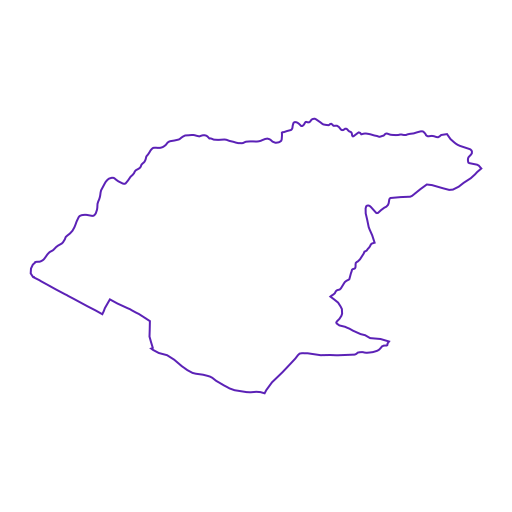 the district of Coatepeque, Quezaltenango, Guatemala
{"feature_id": "79465075B84423325132752", "entity_name": "Coatepeque", "entity_type": "district", "adm_level": 2, "iso_a3": "GTM", "parent_name": "Guatemala", "parent_adm1": "Quezaltenango", "projection": "mercator", "projection_center": [-91.974, 14.632], "detail": "fine", "context": "isolated", "style": "outline", "palette": "violet", "viewbox_px": 512, "rotation_deg": 0, "n_neighbors": 0, "source": "geoboundaries", "source_scale": "gbopen_adm2", "svg_char_len": 6059}
<svg xmlns="http://www.w3.org/2000/svg" viewBox="0 0 512 512"><path d="M33.6,277.3L39.6,280.3L40.6,281.0L56.4,289.7L64.9,294.2L67.0,295.2L67.9,295.8L73.8,298.9L87.3,306.2L95.5,310.4L102.3,314.2L103.7,311.3L104.9,308.1L109.9,299.4L113.2,301.2L117.4,303.5L127.6,308.2L130.0,309.2L131.3,310.0L131.6,310.2L136.0,312.6L138.9,314.0L149.9,321.1L149.7,330.3L149.5,336.6L151.0,342.0L152.8,347.9L152.3,348.3L151.3,348.6L153.0,349.9L158.8,353.0L167.1,355.2L174.2,359.7L181.7,366.1L187.3,370.1L192.5,372.9L195.7,373.7L203.0,374.7L207.7,375.9L210.0,376.6L212.3,377.8L216.1,380.8L224.1,385.5L227.0,387.0L229.5,388.4L234.5,390.2L246.5,392.1L250.4,392.3L256.3,391.8L260.4,392.1L264.6,393.3L266.3,390.1L272.0,382.3L279.2,375.4L282.5,372.2L295.3,358.6L297.9,355.2L299.6,353.6L302.0,353.2L307.8,353.3L320.6,355.2L329.9,355.0L337.1,355.3L354.7,354.6L356.3,353.9L357.8,352.6L360.0,352.2L362.7,352.1L364.7,352.6L366.8,352.8L369.8,352.5L372.9,352.1L375.6,351.3L377.4,350.7L379.2,349.6L380.8,347.9L382.0,346.4L383.8,345.6L386.7,345.5L387.3,345.1L387.6,343.4L389.0,341.5L380.5,339.0L370.1,338.1L365.1,335.2L360.6,334.1L353.0,330.7L349.5,328.7L346.8,327.6L345.1,326.8L339.3,325.4L336.6,323.4L336.3,322.4L337.0,321.3L339.4,318.9L341.4,315.8L342.1,313.7L341.9,309.1L340.6,306.5L338.1,302.6L334.0,299.3L330.4,296.6L331.6,295.6L332.8,294.9L333.6,294.3L334.8,293.3L335.6,291.7L336.1,291.0L336.8,290.4L337.7,290.0L338.7,289.8L339.7,289.5L340.4,288.9L341.0,288.2L344.2,283.0L344.9,282.0L346.2,281.0L347.2,280.4L348.7,279.7L349.3,279.2L349.6,278.2L351.0,273.0L351.5,271.7L352.0,269.8L352.6,269.2L354.6,268.6L355.1,268.1L355.4,267.5L355.5,266.8L355.6,265.7L355.5,264.9L355.8,262.9L356.9,261.9L357.6,261.6L358.2,261.1L359.0,260.3L360.0,259.3L360.9,257.9L363.8,253.4L364.0,252.7L364.5,251.6L365.4,251.3L366.7,250.5L367.9,248.8L368.8,247.9L369.8,246.6L370.8,244.6L371.5,243.8L372.3,243.4L374.6,242.7L372.2,235.3L369.7,229.7L368.7,227.1L367.2,219.8L365.7,213.4L365.6,208.5L366.2,206.3L367.2,205.6L368.5,205.5L369.6,205.9L370.9,207.0L376.2,212.9L376.9,213.1L378.0,212.9L381.2,210.0L384.3,207.7L386.3,206.7L388.0,204.9L388.7,203.1L389.3,199.4L389.8,198.5L390.5,198.0L400.7,197.1L410.2,196.7L412.0,195.9L420.6,189.0L426.8,184.5L432.0,185.1L443.1,188.3L449.2,189.9L452.9,189.6L458.7,186.7L463.7,182.8L470.8,178.2L475.0,174.4L477.2,172.0L481.3,168.5L478.8,165.6L477.1,164.7L469.2,163.1L468.4,162.6L468.1,161.6L467.9,159.9L468.1,158.2L468.7,157.0L470.9,154.7L471.8,153.4L471.9,152.4L471.9,151.4L471.5,150.5L470.4,149.4L468.8,148.8L460.0,145.9L457.6,144.8L455.6,143.5L454.0,142.2L450.5,139.1L447.0,134.1L441.2,135.0L439.7,136.3L438.2,137.2L437.5,137.2L436.3,137.0L433.9,136.2L432.7,136.0L431.5,135.9L428.5,136.3L427.5,136.2L426.1,135.3L425.7,134.4L425.0,133.4L424.0,132.3L423.2,131.6L422.6,131.4L421.8,131.3L420.5,131.4L416.8,132.4L413.7,133.4L409.6,133.9L407.4,134.4L406.0,135.0L405.2,135.0L404.2,135.0L403.1,134.9L401.6,134.5L400.1,134.5L399.2,134.8L398.1,135.0L395.9,135.1L392.2,134.9L390.4,134.7L389.5,134.4L387.5,133.7L386.8,133.5L385.8,133.7L385.2,134.0L384.0,135.3L383.4,135.7L382.7,135.8L380.7,136.5L379.6,136.8L378.9,136.7L377.0,136.0L374.4,135.5L370.4,134.3L368.4,133.9L365.8,133.5L364.1,133.6L361.3,134.3L360.1,132.9L358.8,132.4L357.9,132.9L353.7,136.1L353.0,136.4L352.2,135.7L351.9,133.9L351.6,132.9L351.2,132.3L350.4,131.8L349.4,131.5L348.3,130.6L347.3,129.4L346.5,128.8L345.2,128.7L343.3,130.0L342.5,130.1L341.7,130.0L340.9,129.5L338.9,127.0L337.1,125.8L336.5,125.7L334.6,125.8L333.6,125.8L332.9,125.3L332.4,124.6L331.2,123.8L330.2,124.0L329.5,124.7L328.6,125.2L325.9,124.9L324.2,124.6L323.3,124.4L322.4,123.9L320.5,122.4L316.0,119.3L314.7,118.7L313.8,118.8L312.5,119.1L311.5,119.7L310.1,121.6L309.0,122.3L307.7,122.3L306.4,121.9L305.6,122.0L304.8,123.0L304.2,124.2L303.3,125.3L302.2,126.0L301.2,126.0L299.1,123.9L297.6,122.8L296.5,122.3L295.5,122.1L294.4,122.2L293.6,122.8L293.3,123.5L292.7,125.7L292.4,128.0L292.0,128.9L291.3,129.8L290.6,130.1L286.8,131.1L283.7,132.2L283.0,132.1L281.9,132.6L282.0,135.4L281.7,139.4L281.2,140.8L280.1,141.6L279.3,142.1L278.3,142.4L277.0,142.6L275.8,142.8L275.0,142.6L273.2,141.9L272.5,141.6L270.5,139.8L269.4,139.2L267.4,138.6L266.2,138.8L265.1,139.0L261.6,140.4L260.8,140.8L258.8,141.3L257.2,141.5L255.1,141.5L252.9,141.4L250.0,141.4L247.4,141.6L246.0,141.7L244.7,142.2L243.1,143.0L241.9,143.2L238.1,143.1L235.9,142.6L233.4,141.8L229.4,140.9L226.5,139.8L225.8,139.7L224.6,139.5L222.8,139.6L218.4,139.9L214.9,139.7L213.7,139.6L211.6,138.7L210.5,138.4L209.4,138.5L207.6,136.6L206.5,135.8L205.7,135.5L204.2,135.2L202.7,135.3L201.6,135.6L199.3,136.4L196.3,135.7L195.0,135.3L193.5,135.0L191.7,135.0L188.3,135.3L186.2,135.4L185.1,135.5L184.3,135.9L182.9,136.6L181.3,137.7L180.0,138.8L178.8,139.5L174.5,140.5L170.2,141.2L169.1,141.6L168.3,142.1L167.6,142.6L165.8,144.9L164.3,146.1L162.7,147.1L160.8,147.7L159.7,147.9L157.7,147.9L155.8,147.7L153.7,147.8L153.0,148.0L152.2,148.6L151.3,149.5L150.5,150.5L149.4,152.4L148.0,154.5L146.6,156.1L146.2,156.9L145.7,159.1L145.1,160.6L144.5,161.7L143.8,162.5L142.8,163.3L141.5,164.6L140.7,166.7L140.1,167.6L138.7,168.7L136.1,170.1L135.4,170.7L134.7,171.7L134.0,173.2L133.2,174.2L132.6,174.9L130.6,176.7L128.0,180.5L125.6,183.4L124.7,183.8L123.3,183.7L122.5,183.4L118.3,181.3L116.2,179.8L114.8,178.6L113.9,178.0L113.1,177.8L111.7,177.8L109.7,178.4L108.9,178.7L107.5,179.8L105.8,181.7L104.9,183.2L101.1,190.3L100.6,192.4L100.2,195.4L99.8,197.3L99.1,199.5L98.2,201.6L97.5,203.9L97.3,207.7L97.0,209.7L96.2,212.1L95.7,213.5L94.6,214.9L93.9,215.5L92.9,215.9L92.3,215.9L86.7,214.9L85.0,214.8L82.9,215.0L81.6,215.2L80.6,215.6L79.7,216.0L79.1,216.6L78.6,217.3L76.6,221.5L75.5,224.6L74.4,227.3L72.5,230.7L70.5,232.9L69.7,233.7L67.5,235.4L65.8,236.9L65.4,237.8L64.9,239.2L63.0,242.3L61.8,243.5L57.9,245.7L57.0,246.4L56.2,247.0L53.3,250.0L52.4,250.6L50.3,251.7L49.4,252.3L48.6,253.1L47.4,254.4L45.3,257.4L44.1,259.0L43.3,259.8L42.3,260.5L41.0,261.2L40.2,261.5L39.6,261.7L36.6,261.8L35.2,262.1L34.9,262.8L33.7,263.8L32.8,264.7L31.0,268.5L30.7,273.4L32.9,276.8L33.7,277.0L33.6,277.3Z" fill="none" stroke="#5b21b6" stroke-width="2"/></svg>